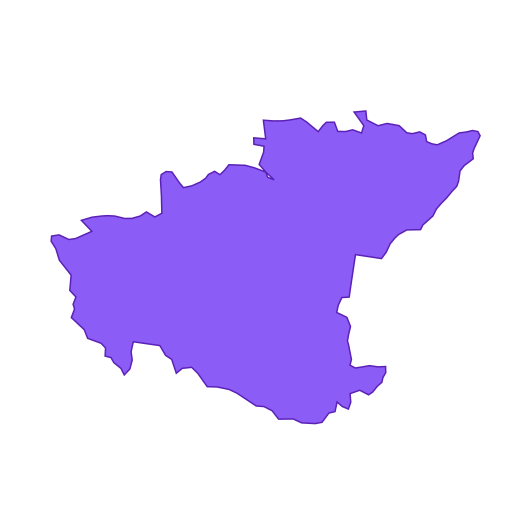 Campinas do Sul, Rio Grande do Sul, Brazil (Albers equal-area conic projection), rotated 98°
{"feature_id": "56859067B85635117870916", "entity_name": "Campinas do Sul", "entity_type": "district", "adm_level": 2, "iso_a3": "BRA", "parent_name": "Brazil", "parent_adm1": "Rio Grande do Sul", "projection": "albers", "projection_center": [-52.665, -27.74], "detail": "fine", "context": "isolated", "style": "filled", "palette": "violet", "viewbox_px": 512, "rotation_deg": 98, "n_neighbors": 0, "source": "geoboundaries", "source_scale": "gbopen_adm2", "svg_char_len": 2270}
<svg xmlns="http://www.w3.org/2000/svg" viewBox="0 0 512 512"><g transform="rotate(98 256 256)"><path d="M129.5,54.4L123.9,55.8L119.4,55.0L105.7,50.8L101.9,53.6L101.6,59.1L103.9,64.9L105.9,72.0L115.3,83.3L120.7,92.0L120.4,97.6L119.0,102.9L112.5,105.1L110.3,111.2L113.1,118.2L113.0,123.8L107.0,132.4L106.7,138.7L106.5,144.6L110.0,153.3L105.9,165.2L97.1,167.4L99.8,178.9L111.9,167.4L119.5,168.6L117.6,177.8L120.3,184.7L121.2,192.4L112.6,197.0L113.8,205.0L117.8,208.1L124.2,211.7L116.2,224.6L113.2,231.0L116.6,241.5L118.4,248.2L119.8,257.4L120.5,267.6L138.6,262.7L139.3,274.7L145.7,273.6L146.2,263.3L152.1,262.9L164.9,265.6L171.6,257.9L168.9,269.7L167.7,279.4L169.4,295.5L175.5,299.1L180.5,303.0L177.9,308.8L181.9,314.5L185.9,316.6L190.5,321.4L195.5,329.5L198.4,337.3L194.5,341.7L184.5,350.9L184.9,356.8L188.6,361.2L193.8,361.2L210.3,357.9L226.8,355.2L231.4,361.6L227.6,370.7L232.5,376.2L236.1,384.3L237.1,391.3L236.1,401.4L236.7,408.5L237.9,414.4L240.4,423.8L245.0,433.9L254.4,422.0L263.8,437.0L265.7,443.6L262.5,454.0L264.7,461.2L269.9,460.9L276.5,455.3L287.6,450.1L300.7,436.4L316.0,435.6L321.6,428.6L329.3,430.4L333.7,428.3L342.7,430.3L352.9,415.8L361.0,411.2L364.0,397.2L368.0,392.2L376.1,391.5L376.8,385.5L381.4,381.9L386.1,374.1L392.1,369.9L385.5,365.2L376.3,364.1L368.4,366.3L362.7,366.0L358.0,365.5L358.1,338.7L367.0,331.7L370.1,325.1L383.2,318.6L377.5,313.4L375.2,304.2L380.3,297.3L392.2,286.1L391.1,276.3L391.9,264.1L394.6,255.5L400.4,243.4L404.5,234.9L404.0,227.1L407.0,218.5L414.4,210.9L412.2,196.5L414.9,187.6L413.7,173.9L411.5,167.5L407.0,165.0L401.4,162.0L399.1,156.1L389.3,155.4L393.0,149.7L394.7,143.2L387.6,141.8L379.2,143.7L374.5,134.6L377.8,125.2L374.5,121.5L367.9,117.6L363.6,113.8L358.7,113.4L353.4,111.3L347.4,112.3L348.8,119.5L348.8,128.4L350.9,134.9L353.1,142.1L351.0,147.7L345.2,147.1L331.6,151.8L327.4,153.6L321.0,153.4L312.6,152.6L304.1,157.5L300.7,168.2L293.3,167.7L285.2,165.2L283.7,158.0L275.3,158.0L240.8,157.7L241.0,137.6L241.1,131.4L234.2,127.6L225.1,124.8L218.8,120.9L214.9,117.8L209.2,110.3L207.0,96.7L202.1,95.1L191.8,86.4L184.3,83.9L177.9,79.7L172.2,75.5L164.6,70.8L159.1,66.9L153.7,65.8L143.4,65.8L137.5,62.4L129.5,54.4ZM171.6,257.9L178.0,248.7L176.5,255.4L171.6,257.9Z" fill="#8b5cf6" stroke="#5b21b6" stroke-width="1.5"/></g></svg>